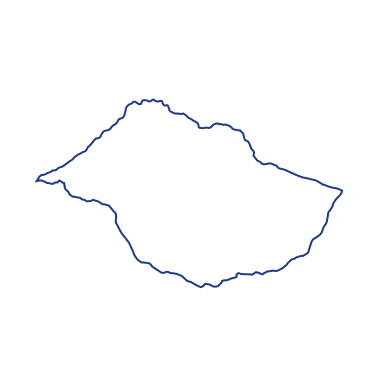 outline of Tendu, Samchi, Bhutan, rotated 67°
{"feature_id": "84629894B47921188785963", "entity_name": "Tendu", "entity_type": "district", "adm_level": 2, "iso_a3": "BTN", "parent_name": "Bhutan", "parent_adm1": "Samchi", "projection": "mercator", "projection_center": [88.91, 27.157], "detail": "fine", "context": "isolated", "style": "outline", "palette": "blue", "viewbox_px": 384, "rotation_deg": 67, "n_neighbors": 0, "source": "geoboundaries", "source_scale": "gbopen_adm2", "svg_char_len": 5989}
<svg xmlns="http://www.w3.org/2000/svg" viewBox="0 0 384 384"><g transform="rotate(67 192 192)"><path d="M109.1,267.8L110.1,270.4L110.9,271.3L112.6,273.6L112.7,275.1L112.6,276.8L113.0,279.8L113.1,282.5L113.9,286.2L115.3,289.1L116.1,293.4L116.9,296.5L117.6,299.6L118.0,301.8L117.6,305.1L118.7,308.9L117.8,311.8L118.3,315.1L118.1,317.4L118.3,319.4L118.3,321.8L117.5,323.9L118.3,326.6L119.9,328.6L121.3,330.7L121.7,329.1L121.8,327.9L122.1,327.1L122.3,326.6L122.8,325.7L123.3,325.3L124.2,324.6L124.8,323.8L125.1,323.4L125.7,322.8L126.4,322.6L126.9,322.0L127.3,321.5L127.7,320.7L128.2,319.8L129.0,318.9L129.4,318.5L129.8,317.5L130.1,316.5L130.2,316.0L130.0,315.3L129.8,314.7L129.8,314.2L130.1,313.6L130.2,313.0L130.6,312.5L130.5,311.9L130.2,310.9L129.7,310.4L129.6,309.7L130.0,309.3L130.9,308.6L131.6,308.2L132.5,307.8L133.4,306.7L133.9,306.1L134.8,306.7L135.6,306.8L136.1,306.6L136.8,306.7L137.4,307.1L138.1,307.5L138.9,307.4L140.2,307.3L141.3,306.9L142.6,306.2L143.1,306.0L143.7,305.8L144.3,305.8L145.4,305.6L146.0,305.6L146.7,305.5L147.5,304.9L147.9,304.6L148.5,304.2L149.4,303.9L150.3,302.6L150.5,302.0L151.0,301.3L151.7,300.4L152.4,299.3L153.3,297.8L153.8,297.2L154.3,297.0L155.1,296.6L156.2,295.7L156.6,295.1L157.2,294.1L157.6,293.6L158.3,293.3L159.1,292.8L159.5,292.3L159.7,291.8L160.7,288.8L160.5,286.3L163.2,283.0L164.7,281.5L168.4,279.1L169.1,277.4L171.9,273.9L179.8,271.4L182.5,270.5L186.1,272.0L188.7,273.4L190.5,274.0L195.5,273.5L199.4,273.3L202.4,272.9L209.0,271.1L214.1,269.8L220.7,269.6L228.0,269.6L232.0,268.9L235.0,267.5L237.3,265.8L237.9,264.2L239.3,261.8L240.6,259.9L241.1,259.1L243.0,258.1L245.2,257.8L248.5,255.5L253.3,252.3L254.5,251.5L255.5,249.3L255.5,247.6L255.5,246.6L256.2,245.2L258.1,243.6L259.0,241.9L261.3,238.2L262.6,236.9L265.4,234.1L267.0,233.4L272.1,231.2L274.3,228.2L277.6,225.9L279.9,224.0L282.9,221.3L283.2,219.3L281.7,215.7L284.0,212.0L287.2,209.4L287.9,208.2L288.4,207.0L288.7,205.8L288.7,204.5L287.4,201.3L286.8,200.0L285.7,199.2L285.8,196.8L286.6,195.5L286.9,193.4L287.0,191.1L286.9,189.7L287.7,184.9L287.4,183.9L286.2,183.6L285.6,183.4L285.0,182.2L284.8,180.8L286.3,179.3L287.2,178.0L288.4,175.2L290.5,170.7L291.5,169.3L291.5,168.7L291.5,168.1L291.3,167.1L290.9,165.5L290.8,164.4L292.7,162.0L295.2,159.6L295.2,158.4L294.8,157.5L294.8,156.1L294.6,153.4L295.1,152.4L295.4,151.0L295.8,148.8L296.8,146.8L297.7,145.3L297.8,142.9L297.6,139.8L297.3,137.5L295.9,133.1L294.4,131.0L294.3,130.1L293.6,128.2L293.1,126.9L293.3,124.2L293.3,122.8L293.0,121.9L293.0,120.8L293.0,119.9L293.4,118.1L293.4,116.8L293.8,115.6L294.2,114.9L294.1,114.3L294.0,113.7L293.8,112.8L293.8,110.8L293.2,108.9L292.2,107.9L289.2,105.5L286.7,103.3L284.3,101.2L283.4,99.8L282.7,98.3L282.5,96.6L282.2,94.7L282.1,93.8L281.1,90.4L280.2,88.8L278.3,87.0L276.9,85.6L275.7,84.6L273.7,81.4L272.6,80.1L271.6,79.2L270.1,78.4L268.4,77.1L267.0,76.3L265.1,75.2L264.2,74.6L262.9,72.5L262.2,71.2L261.2,69.9L260.2,68.5L259.4,67.8L257.7,66.4L255.8,63.6L254.5,61.4L253.7,59.2L252.9,57.5L251.7,55.5L251.2,54.8L250.5,54.1L249.4,53.3L246.4,56.0L244.8,58.0L243.8,59.6L242.7,61.2L240.8,63.7L237.7,66.8L235.6,69.3L234.6,69.7L229.9,73.3L227.5,76.4L226.6,77.8L225.1,79.5L224.4,80.7L221.3,85.1L216.3,90.1L207.6,98.1L206.7,99.3L205.8,100.5L205.1,101.4L204.0,102.8L203.5,103.2L202.5,103.5L200.8,103.9L199.2,105.8L198.1,106.6L197.1,107.6L196.7,108.1L195.7,110.2L195.4,111.6L195.0,113.6L194.8,114.4L194.4,115.4L193.8,115.9L192.7,117.0L191.2,117.3L190.5,117.8L189.5,118.8L188.7,119.5L187.4,119.9L186.4,120.2L185.0,120.6L184.1,120.8L183.1,121.0L182.5,121.1L181.9,120.9L180.9,120.0L180.1,119.6L179.2,119.4L178.6,119.4L177.6,119.7L176.1,120.2L175.2,120.5L174.3,120.4L173.6,120.3L172.1,120.4L170.8,120.3L169.9,120.4L168.4,120.4L167.9,120.5L166.9,121.1L165.5,122.3L165.0,122.7L164.2,122.9L163.5,122.9L162.7,122.8L160.9,122.6L160.3,122.4L158.7,122.1L157.8,122.2L156.6,122.7L155.7,123.1L154.3,123.5L153.9,124.5L152.4,126.4L151.5,128.0L150.9,128.9L150.3,129.4L149.8,129.8L148.5,130.3L147.7,130.7L147.0,131.0L146.4,131.2L146.0,131.5L145.2,132.3L144.6,133.0L143.5,134.1L142.7,135.5L142.6,136.3L142.2,137.3L141.2,138.2L140.7,139.0L140.5,139.7L140.2,140.5L139.6,141.0L138.9,141.4L138.7,142.5L138.3,143.7L138.3,144.5L138.4,145.2L138.5,146.5L139.4,148.2L139.6,148.9L139.7,149.8L139.8,150.6L139.7,151.4L139.1,152.4L138.6,153.2L138.2,154.0L137.9,155.7L137.7,156.5L136.4,159.0L136.1,159.6L135.5,160.3L134.8,160.4L132.9,159.9L132.1,159.9L131.2,159.9L130.0,160.4L127.9,161.9L127.1,162.7L125.5,163.7L123.6,165.1L122.0,166.4L120.8,167.0L119.0,167.6L117.3,168.8L116.5,169.1L116.2,169.7L116.2,170.4L116.2,171.0L115.9,171.8L115.3,172.7L115.0,173.1L114.4,174.0L114.2,174.5L113.9,175.3L113.1,177.0L112.7,177.5L110.6,179.3L109.7,180.2L109.2,180.5L108.3,180.8L107.7,180.9L107.0,180.6L106.2,180.5L103.2,180.5L102.6,180.7L102.2,181.6L102.0,182.1L101.9,182.8L101.7,183.3L101.4,183.7L100.8,184.1L99.1,184.3L98.3,184.3L97.7,184.3L96.7,184.2L95.9,184.8L95.8,185.9L95.6,186.8L95.4,187.9L95.2,188.5L94.5,189.4L93.8,190.1L92.6,191.0L91.8,191.5L91.6,192.4L91.9,193.1L92.1,193.8L92.1,194.4L92.1,195.0L92.0,196.0L91.5,196.5L90.3,197.6L89.6,198.6L89.1,199.5L88.8,200.0L88.7,200.6L88.4,201.5L89.2,202.9L89.6,203.4L90.1,203.6L90.6,204.0L91.0,204.8L90.8,205.6L90.4,206.5L89.6,207.1L88.0,208.1L86.6,209.3L86.2,210.0L86.3,211.5L86.7,212.2L86.9,212.7L86.9,213.4L86.9,214.3L86.9,215.7L87.0,216.4L87.7,218.1L88.1,219.0L89.3,220.2L91.6,221.7L93.1,222.9L93.9,223.5L95.2,224.5L95.8,225.5L96.4,226.4L96.6,227.6L96.5,229.0L96.4,229.6L96.6,231.0L96.8,231.6L97.4,232.4L98.2,233.1L98.5,233.5L99.2,234.8L99.5,235.5L99.7,236.1L99.8,236.9L99.8,237.5L99.8,238.2L100.2,239.5L100.6,240.4L100.9,241.0L101.5,241.8L101.8,242.5L102.3,244.0L102.3,244.6L102.2,245.2L101.9,247.1L101.6,248.6L101.6,249.2L101.8,249.9L102.3,251.0L103.0,252.1L104.4,253.7L104.8,254.1L105.4,254.6L105.7,255.4L105.9,256.5L105.9,257.2L105.6,258.3L105.3,258.9L105.3,259.9L105.8,261.1L106.3,262.4L107.2,263.7L107.5,264.1L108.4,266.1L109.1,267.2L109.1,267.8Z" fill="none" stroke="#1e3a8a" stroke-width="2"/></g></svg>